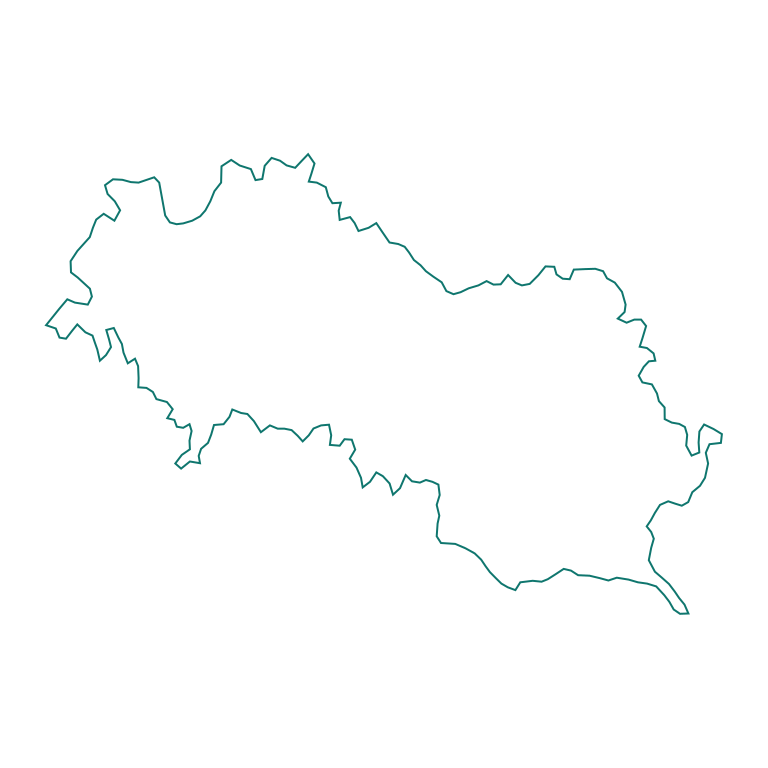 outline of Douradoquara, Minas Gerais, Brazil
{"feature_id": "56859067B52593850963568", "entity_name": "Douradoquara", "entity_type": "district", "adm_level": 2, "iso_a3": "BRA", "parent_name": "Brazil", "parent_adm1": "Minas Gerais", "projection": "natural_earth1", "projection_center": [-47.608, -18.443], "detail": "fine", "context": "isolated", "style": "outline", "palette": "teal", "viewbox_px": 768, "rotation_deg": 0, "n_neighbors": 0, "source": "geoboundaries", "source_scale": "gbopen_adm2", "svg_char_len": 3463}
<svg xmlns="http://www.w3.org/2000/svg" viewBox="0 0 768 768"><path d="M250.9,169.1L239.7,165.5L231.2,159.9L221.5,166.3L221.1,182.6L214.4,191.2L210.3,201.3L205.4,210.4L200.2,216.3L192.2,220.7L183.2,223.4L176.6,224.2L169.9,222.4L165.2,215.5L159.2,182.6L154.2,177.3L138.6,182.6L130.9,182.1L122.4,179.8L113.0,179.3L105.0,185.2L107.6,194.0L114.8,201.3L120.1,210.3L114.4,220.7L103.7,213.8L96.2,219.6L92.9,227.8L89.8,237.1L77.4,250.9L70.6,261.2L71.0,272.4L77.7,277.5L89.9,288.7L91.9,296.6L87.8,304.6L74.9,302.6L67.3,299.3L59.2,308.9L46.1,325.2L55.8,328.5L59.5,337.6L66.0,338.7L72.1,330.8L77.3,324.4L85.4,332.3L92.5,335.6L94.9,342.7L97.3,349.5L99.9,360.7L106.0,355.1L111.0,347.1L109.1,339.6L106.3,330.0L113.8,328.0L118.4,337.6L121.9,344.0L123.5,352.6L127.8,363.3L135.0,358.7L138.1,366.1L138.6,378.2L138.3,387.3L146.5,387.9L152.9,392.0L156.4,399.1L166.9,402.0L172.7,409.2L167.3,418.2L174.4,419.9L176.8,426.7L183.2,427.8L189.5,424.2L191.6,431.0L189.5,440.6L189.9,449.3L181.8,454.9L175.3,463.5L181.1,468.6L189.9,461.5L200.0,463.2L198.7,455.9L201.1,448.8L208.0,442.9L211.2,434.6L214.0,425.0L223.6,424.2L229.5,416.8L232.3,409.5L241.1,413.0L247.4,414.0L253.9,421.1L260.9,432.2L269.9,425.4L277.8,428.7L284.5,428.7L291.6,430.1L297.6,435.7L302.7,441.4L308.8,435.3L313.5,428.5L321.1,425.4L329.0,424.7L331.2,435.3L329.9,444.9L339.7,445.7L344.5,439.2L351.8,439.7L355.2,449.6L349.8,458.7L356.5,467.6L361.0,477.8L362.7,487.4L370.0,481.8L376.3,472.4L382.9,476.2L389.6,483.5L393.0,494.7L400.0,488.2L405.7,475.0L412.0,481.3L419.9,482.6L425.9,480.0L432.4,481.8L438.4,484.6L439.7,495.0L436.7,504.9L439.3,515.7L437.6,523.5L436.7,536.3L441.0,543.0L455.2,543.9L465.5,548.3L474.7,553.4L481.2,559.7L485.5,566.1L489.9,572.1L495.9,578.2L501.4,583.6L507.8,587.3L515.4,590.1L520.3,582.3L532.7,580.8L541.6,581.7L547.8,579.2L555.8,574.1L563.7,568.9L571.0,570.6L578.1,575.2L589.5,575.7L600.0,578.2L608.4,580.5L616.8,577.7L628.6,579.6L637.9,582.3L647.1,583.6L656.2,586.4L664.3,595.2L669.4,601.9L673.7,609.5L680.0,613.8L688.4,613.5L684.5,604.6L679.1,598.0L674.7,591.5L669.0,584.0L661.9,577.7L654.9,571.7L648.8,560.2L651.2,547.8L653.8,538.7L651.2,532.0L646.7,526.4L650.8,520.4L654.9,512.9L660.0,504.9L668.2,501.3L675.3,503.7L681.8,505.7L688.2,502.1L692.3,492.2L700.0,485.8L705.0,477.8L708.1,463.5L705.8,452.8L709.5,444.2L720.9,442.9L721.9,434.1L713.5,429.0L704.1,424.5L699.4,431.5L698.6,442.5L699.3,452.5L691.6,455.6L686.2,445.6L687.2,434.9L684.9,427.0L679.2,423.9L671.8,422.6L664.7,419.1L664.6,407.5L658.9,401.1L657.0,393.5L651.9,384.4L642.4,382.4L638.7,375.7L643.7,366.9L648.9,361.3L655.3,360.7L653.6,353.4L646.9,348.0L639.7,346.7L642.4,338.4L646.1,326.0L641.1,319.6L634.3,319.6L626.6,322.7L617.8,318.6L624.6,312.0L625.6,304.6L622.0,291.9L614.8,282.6L607.0,278.3L603.1,271.2L595.3,268.8L585.2,269.1L573.8,269.6L569.7,279.2L562.7,278.7L556.5,274.4L554.3,266.8L545.5,266.4L538.4,275.2L529.7,283.9L521.9,285.4L515.6,282.8L508.1,275.0L500.7,284.3L493.5,284.6L486.6,281.1L478.4,285.4L468.7,288.3L460.6,292.2L453.5,294.2L446.4,291.1L441.7,282.3L433.4,276.7L425.9,271.2L420.6,265.3L413.9,260.0L409.0,252.4L404.7,246.8L398.2,244.0L389.5,242.5L382.5,232.3L376.3,223.1L368.6,227.8L358.5,231.0L354.6,223.0L350.1,217.1L339.7,219.9L338.7,210.7L340.8,202.7L332.4,203.2L328.3,196.5L325.8,187.2L316.8,182.6L308.8,181.6L311.4,173.7L314.5,163.5L308.1,154.2L301.3,161.3L295.2,167.8L286.6,165.4L280.0,160.7L271.6,157.9L264.7,165.8L262.3,179.0L255.5,180.1L250.9,169.1Z" fill="none" stroke="#0f766e" stroke-width="2"/></svg>